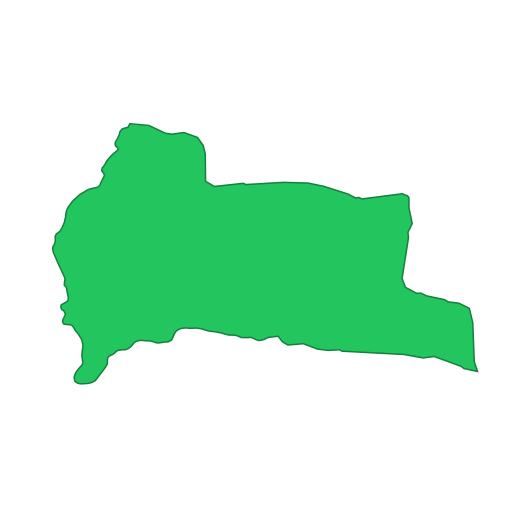 Jerez, Jutiapa, Guatemala, rotated 80°
{"feature_id": "79465075B56030865521274", "entity_name": "Jerez", "entity_type": "district", "adm_level": 2, "iso_a3": "GTM", "parent_name": "Guatemala", "parent_adm1": "Jutiapa", "projection": "natural_earth1", "projection_center": [-89.76, 14.081], "detail": "fine", "context": "isolated", "style": "filled", "palette": "green", "viewbox_px": 512, "rotation_deg": 80, "n_neighbors": 0, "source": "geoboundaries", "source_scale": "gbopen_adm2", "svg_char_len": 2901}
<svg xmlns="http://www.w3.org/2000/svg" viewBox="0 0 512 512"><g transform="rotate(80 256 256)"><path d="M264.3,102.6L259.1,102.3L251.2,96.5L235.6,97.0L225.0,95.3L222.9,96.4L221.5,99.2L220.1,100.8L218.2,141.9L216.2,144.5L216.2,147.8L211.0,154.5L199.1,177.3L193.2,192.1L188.3,215.8L183.9,253.4L182.2,256.0L180.3,284.9L173.7,292.7L146.7,288.2L138.0,288.8L129.1,293.0L121.9,305.5L121.4,317.6L119.4,323.9L108.8,338.9L103.8,357.3L107.0,359.7L107.3,363.5L107.7,365.9L110.2,368.6L112.7,369.5L114.5,370.8L116.7,372.3L119.2,374.6L121.3,375.3L123.4,375.1L125.1,373.5L127.0,373.2L128.4,374.8L129.8,377.6L131.7,380.6L134.3,383.9L136.5,386.4L139.6,388.9L141.2,390.5L142.7,392.3L145.4,393.2L147.8,391.7L150.6,391.3L152.6,392.9L156.9,396.1L159.0,397.3L160.7,399.8L160.9,402.8L161.0,405.0L161.2,408.1L161.6,410.3L162.7,413.0L164.8,418.7L169.1,425.5L170.4,427.4L172.7,429.8L175.3,432.5L177.5,434.1L179.4,435.2L181.3,435.9L185.2,437.0L187.3,438.0L189.2,438.7L192.3,440.6L194.4,442.0L197.7,444.9L199.6,448.8L201.8,450.4L203.6,450.6L206.8,451.2L209.1,452.2L210.9,453.9L212.9,454.9L215.6,455.0L217.5,454.9L229.5,452.0L244.2,448.1L245.9,448.2L248.6,449.2L251.5,449.9L253.8,448.3L257.2,448.2L261.0,448.2L263.7,448.0L266.3,448.5L268.0,449.9L269.1,453.0L270.3,456.3L272.3,457.1L274.8,456.7L277.0,454.6L280.3,453.8L283.0,455.6L284.4,456.8L287.1,457.9L289.5,457.3L290.5,454.7L291.5,450.7L292.6,449.1L294.9,447.9L297.5,447.1L300.4,445.5L302.6,444.3L306.4,442.8L308.1,442.2L310.6,442.0L312.7,441.9L314.5,442.0L317.4,443.0L319.4,443.6L323.2,444.7L326.0,444.9L328.9,445.0L331.2,445.1L333.4,446.5L335.1,448.9L337.4,451.6L339.1,453.2L340.9,454.6L342.7,455.7L345.3,456.3L348.2,456.0L350.3,453.7L351.3,451.4L351.8,448.6L352.3,443.4L352.1,439.9L350.9,436.0L349.5,434.4L346.8,431.5L339.2,423.3L336.5,421.2L334.8,420.7L332.9,420.5L330.0,419.4L328.8,417.0L327.9,413.7L326.9,411.9L325.8,410.3L325.0,408.4L325.1,404.4L325.6,400.6L325.1,398.1L324.3,396.3L322.6,393.7L320.1,390.9L319.3,388.9L319.0,386.0L319.2,383.3L320.1,380.2L321.0,376.0L321.7,373.8L322.6,372.1L324.1,369.4L324.7,367.3L324.8,365.1L324.9,360.0L325.4,357.7L324.1,353.7L321.6,351.9L318.4,349.8L316.2,347.8L315.1,345.5L314.4,342.7L314.4,340.2L314.8,336.8L315.6,334.2L316.1,331.2L316.5,327.6L317.4,324.8L318.3,322.2L319.4,320.1L320.7,317.5L321.6,315.7L322.5,313.2L323.3,310.2L324.2,307.5L325.1,305.2L325.9,303.3L327.2,300.8L329.1,296.6L329.8,293.1L330.2,291.1L331.3,288.3L332.6,286.4L333.7,284.7L334.2,282.4L334.9,278.6L335.3,275.1L336.8,272.5L338.2,270.9L339.7,268.0L339.9,265.2L339.5,262.2L338.3,258.2L338.8,248.2L345.2,244.8L349.2,240.0L350.6,224.6L358.4,211.5L361.5,201.3L362.8,190.3L364.7,187.7L378.7,127.3L385.4,109.2L385.9,98.0L398.9,75.6L400.3,73.2L402.9,70.8L408.2,57.9L398.0,59.4L359.2,54.1L344.6,55.0L337.7,64.4L334.5,74.8L331.7,77.9L324.9,94.9L321.2,100.1L320.6,104.4L312.8,114.3L303.4,116.0L264.3,102.6Z" fill="#22c55e" stroke="#15803d" stroke-width="1.5"/></g></svg>